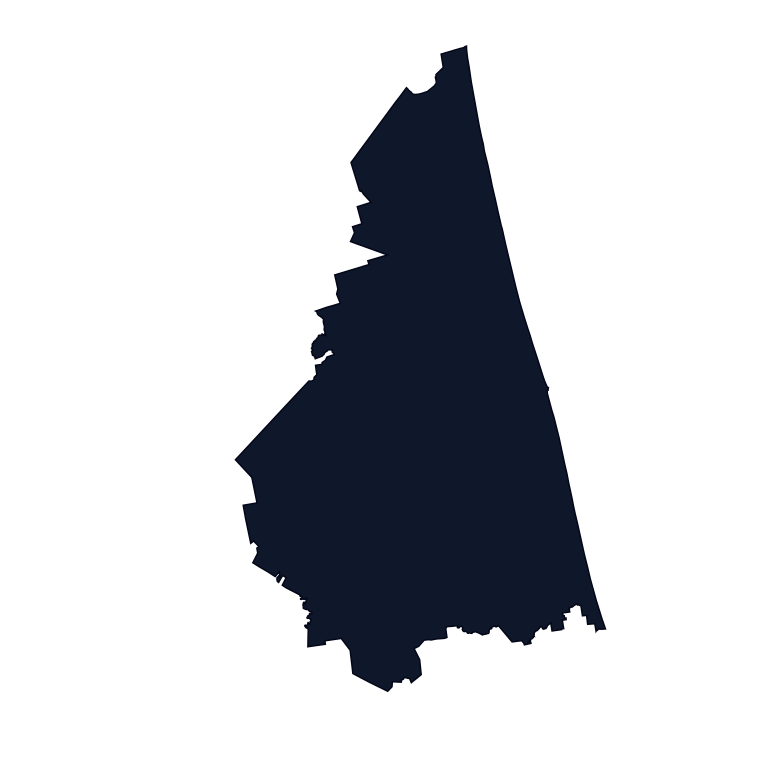 the district of Soto la Marina, Tamaulipas, Mexico, rotated 343°
{"feature_id": "50627088B15970916420519", "entity_name": "Soto la Marina", "entity_type": "district", "adm_level": 2, "iso_a3": "MEX", "parent_name": "Mexico", "parent_adm1": "Tamaulipas", "projection": "robinson", "projection_center": [-98.042, 23.876], "detail": "fine", "context": "isolated", "style": "filled", "palette": "ink", "viewbox_px": 768, "rotation_deg": 343, "n_neighbors": 0, "source": "geoboundaries", "source_scale": "gbopen_adm2", "svg_char_len": 6076}
<svg xmlns="http://www.w3.org/2000/svg" viewBox="0 0 768 768"><g transform="rotate(343 384 384)"><path d="M334.6,672.8L337.5,658.0L335.4,645.8L340.5,645.0L347.5,640.7L351.8,641.5L354.4,642.6L359.4,643.1L367.5,644.9L370.1,644.8L371.5,636.2L372.7,634.7L374.1,634.6L376.3,635.2L383.5,636.6L383.0,638.4L383.8,639.0L384.1,639.1L384.7,639.0L385.7,638.3L386.6,638.1L387.0,638.2L387.4,638.6L388.0,640.0L388.0,640.4L387.1,641.6L387.2,642.6L387.4,643.3L388.2,644.2L389.4,644.3L390.4,644.8L391.0,646.5L391.4,646.9L391.9,647.1L393.0,647.0L394.6,648.0L395.0,648.1L395.4,648.1L395.8,647.6L396.1,647.4L397.3,647.5L397.3,647.3L399.4,647.8L400.1,648.5L402.1,650.0L404.7,652.7L405.3,652.3L405.6,652.6L406.3,652.8L407.1,652.7L408.1,653.0L409.4,652.9L411.1,653.0L411.8,652.3L412.5,650.4L413.2,649.5L413.6,649.2L414.8,649.5L415.2,649.4L415.5,649.2L415.3,648.4L418.4,647.7L418.9,647.9L419.8,648.8L420.7,649.1L421.7,648.9L422.8,648.5L431.1,668.1L440.6,669.7L441.8,672.4L442.0,673.1L442.0,674.5L448.7,675.0L448.8,672.8L447.5,672.6L449.5,671.6L449.9,670.8L451.0,670.9L451.4,670.4L452.5,670.2L453.1,669.0L453.6,668.7L453.9,669.0L453.9,668.3L454.1,667.7L454.4,667.5L454.5,666.9L455.4,665.3L456.8,664.9L457.4,664.5L458.0,664.6L458.6,664.4L459.5,664.0L460.3,662.9L460.5,662.9L460.9,663.2L461.3,662.7L462.9,661.9L463.7,662.2L464.0,663.0L464.1,663.8L464.6,665.0L465.5,665.1L466.2,664.5L466.5,665.1L467.5,665.1L468.0,664.5L468.6,664.2L469.6,662.9L473.6,661.2L472.5,669.3L482.0,670.8L482.1,669.9L484.3,670.5L485.5,662.0L489.3,662.6L489.6,660.9L488.3,660.6L488.6,658.3L487.5,658.1L487.7,656.7L487.4,656.7L487.2,655.5L488.2,655.2L494.9,656.3L495.5,652.6L496.3,652.5L496.9,652.0L498.9,652.3L499.7,651.9L500.2,651.8L501.3,651.2L502.4,651.1L503.0,650.6L503.7,650.4L504.0,650.7L504.1,651.4L504.3,651.7L504.5,652.0L505.4,652.0L507.5,653.8L506.0,663.7L510.1,664.5L508.5,673.3L515.5,674.9L514.5,682.4L514.9,682.0L515.9,682.0L517.3,681.2L517.8,681.1L520.0,682.0L524.2,683.0L523.8,672.6L523.7,653.4L524.3,630.6L525.1,618.7L525.8,605.1L528.2,574.6L528.9,563.5L529.6,555.4L530.4,548.1L531.6,533.4L532.7,523.3L533.4,513.0L535.7,486.5L536.8,465.4L536.8,457.7L537.4,441.1L537.8,438.9L538.4,437.9L539.2,437.9L539.3,437.7L539.1,437.4L540.2,435.5L539.2,434.6L538.5,428.6L538.3,423.1L538.1,404.0L537.8,387.5L537.9,380.4L537.7,373.0L537.6,361.0L537.7,345.3L538.4,329.8L541.1,286.3L542.4,270.2L542.4,267.0L543.4,252.8L544.5,239.2L544.6,237.2L545.4,225.6L546.2,217.9L547.4,204.0L548.1,190.5L549.1,183.4L549.4,177.3L550.5,165.0L555.8,120.5L558.0,106.2L559.3,96.2L560.8,88.1L561.7,85.0L560.2,85.0L558.7,85.6L557.7,85.6L554.8,85.4L535.1,85.2L533.3,98.1L533.0,98.7L531.2,99.7L524.3,103.2L524.1,103.5L524.2,104.0L524.0,104.5L523.0,105.3L522.8,105.9L522.4,110.1L522.2,110.8L521.7,111.8L519.1,113.7L511.0,117.0L506.0,117.1L502.2,117.0L498.9,116.4L497.5,115.8L496.4,115.2L495.8,114.5L495.3,112.7L494.6,112.1L494.0,111.0L493.7,110.7L493.1,109.1L492.1,107.2L481.0,115.4L480.3,115.7L479.6,116.5L478.7,116.9L417.2,162.6L417.2,191.9L417.4,192.3L417.6,192.3L418.2,193.0L419.0,192.6L419.1,193.3L419.4,193.8L419.3,194.4L419.9,194.9L419.6,195.8L424.7,206.5L410.3,206.6L409.7,224.3L399.9,224.4L400.0,230.8L393.6,238.0L425.1,261.6L404.6,261.4L404.6,265.4L368.8,265.3L367.7,279.6L365.0,284.2L365.8,294.1L351.7,293.9L340.0,294.3L340.4,294.7L340.9,295.3L340.8,296.8L341.2,298.6L343.2,301.3L343.8,301.3L344.0,301.5L344.0,302.4L345.2,304.2L344.1,306.9L343.8,312.0L342.9,313.8L342.6,314.9L342.8,317.6L342.1,318.3L342.5,320.9L342.3,321.0L341.6,319.6L340.3,319.0L339.6,318.2L339.4,318.1L339.3,319.1L336.2,318.4L335.5,318.6L335.0,319.2L334.9,319.7L334.4,320.5L333.8,320.7L333.3,320.6L333.0,321.0L331.6,322.1L331.3,322.8L330.8,322.3L330.5,322.6L329.2,322.9L328.9,323.2L329.2,323.9L329.0,324.3L328.7,324.4L328.4,324.1L327.5,324.4L326.9,325.2L326.7,325.8L327.2,326.7L327.1,326.9L326.0,327.5L325.6,328.3L325.0,328.9L325.1,329.3L325.8,329.8L325.9,330.4L325.5,331.3L324.3,331.5L324.2,332.7L324.3,333.2L324.0,335.3L324.3,335.9L325.0,336.1L325.5,336.6L325.4,337.5L325.6,337.7L325.7,339.6L325.9,339.5L326.1,339.7L332.9,339.3L335.5,337.9L336.5,336.6L339.7,335.7L340.5,335.1L341.1,334.9L342.1,335.5L343.6,335.8L343.7,336.3L344.2,336.7L344.2,337.1L343.9,338.5L345.1,340.2L345.2,340.9L345.1,341.2L344.6,341.5L344.2,341.3L337.4,341.5L334.9,344.2L331.2,345.3L330.4,347.1L324.0,346.1L322.9,352.5L322.5,355.8L321.4,356.0L319.3,357.1L318.7,358.0L318.6,358.8L318.2,359.4L317.4,359.8L315.6,360.1L313.1,359.2L284.3,375.7L219.8,413.0L230.3,434.7L227.8,460.6L213.9,458.8L212.3,472.2L210.0,497.4L213.4,496.0L216.9,502.9L214.4,503.8L213.8,508.8L206.3,516.6L211.5,522.6L218.5,530.2L223.6,536.3L228.9,533.0L228.0,538.0L227.7,537.8L227.7,536.8L227.5,536.6L227.2,536.7L226.6,537.5L225.6,537.5L225.2,537.8L225.0,538.1L224.9,539.0L224.5,539.2L224.3,541.7L225.2,542.9L231.1,537.5L232.5,539.1L233.8,540.6L227.9,546.7L231.0,550.5L242.0,561.2L241.8,561.4L241.7,561.9L241.9,562.7L242.9,563.3L243.4,564.0L243.3,564.4L243.0,564.7L241.4,565.0L241.3,565.5L241.8,565.8L243.1,565.8L243.7,566.0L244.7,566.7L245.4,566.8L246.0,566.6L246.6,566.0L247.2,566.0L247.4,566.2L247.5,566.8L247.3,567.2L245.0,570.0L244.7,571.2L244.2,571.2L243.8,570.9L243.8,569.4L243.4,569.3L243.2,569.4L242.1,571.2L241.7,572.2L242.0,573.0L241.8,573.8L241.4,574.1L241.3,574.8L241.7,575.4L243.7,576.9L244.9,577.3L245.4,577.6L246.1,579.3L247.0,580.3L248.0,581.0L248.1,581.6L247.9,582.3L247.5,582.8L247.1,582.8L246.5,582.5L246.2,581.9L245.8,581.8L245.4,582.1L245.3,583.0L244.9,583.5L244.1,583.3L243.4,583.5L242.0,585.0L242.0,585.5L242.5,585.8L243.3,585.9L244.1,586.2L244.4,586.5L244.6,587.3L245.2,588.3L245.0,589.2L244.7,589.4L244.0,589.5L243.5,590.9L242.8,591.6L242.5,591.7L242.1,591.6L241.9,591.3L242.0,590.1L241.7,589.9L241.3,590.3L241.1,590.9L239.2,592.7L238.8,592.7L238.2,591.6L237.7,591.8L237.5,592.3L238.1,594.2L239.6,595.5L239.7,596.8L234.4,613.0L251.8,615.7L252.4,612.3L268.7,614.8L273.8,628.7L269.6,651.8L282.9,665.0L297.7,678.9L303.1,675.9L305.0,671.2L313.4,674.2L314.3,671.8L315.4,672.2L316.4,671.8L317.3,670.8L317.9,670.7L322.4,673.2L322.8,677.6L334.6,672.8Z" fill="#0f172a" stroke="#020617" stroke-width="1.5"/></g></svg>